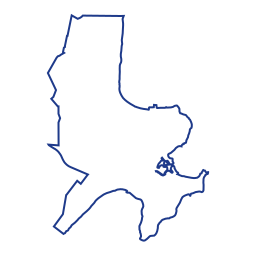 outline of Port Lincoln, South Australia, Australia
{"feature_id": "25037944B26241388024664", "entity_name": "Port Lincoln", "entity_type": "district", "adm_level": 2, "iso_a3": "AUS", "parent_name": "Australia", "parent_adm1": "South Australia", "projection": "natural_earth1", "projection_center": [135.866, -34.729], "detail": "fine", "context": "isolated", "style": "outline", "palette": "blue", "viewbox_px": 256, "rotation_deg": 0, "n_neighbors": 0, "source": "geoboundaries", "source_scale": "gbopen_adm2", "svg_char_len": 5852}
<svg xmlns="http://www.w3.org/2000/svg" viewBox="0 0 256 256"><path d="M63.5,233.9L64.2,233.4L64.9,233.2L65.1,233.0L66.1,231.4L66.2,231.2L67.7,230.6L68.1,230.3L68.9,228.6L70.6,227.1L71.7,225.2L74.9,222.7L77.5,220.1L78.8,218.5L81.0,216.7L82.9,214.4L86.8,211.1L89.0,209.0L90.3,207.5L91.4,205.9L92.0,205.3L94.2,202.9L95.6,200.8L96.7,199.7L98.4,198.2L103.4,194.7L104.1,194.3L106.7,193.1L110.3,192.0L113.2,190.9L115.1,190.7L116.4,190.0L117.4,189.6L120.4,189.2L122.4,189.3L125.2,189.9L126.7,190.6L127.1,191.0L127.0,191.4L126.5,191.8L126.5,192.3L127.0,192.5L127.6,192.7L129.1,192.7L129.7,192.8L135.9,198.1L137.4,198.7L140.5,199.5L141.3,200.1L141.8,200.9L142.1,201.5L142.6,202.7L143.2,204.8L143.3,206.4L142.9,207.5L142.0,209.3L141.6,210.9L141.8,214.3L142.5,216.3L142.1,217.8L141.8,220.0L141.0,222.6L139.4,226.1L139.5,229.6L140.1,231.2L140.1,232.5L140.6,233.5L141.0,235.6L141.0,236.6L140.0,238.5L140.0,238.8L140.5,239.4L142.1,240.2L143.4,240.6L144.1,240.6L144.5,240.5L145.1,240.3L147.0,238.9L148.4,237.6L149.3,236.7L149.9,236.2L150.8,235.9L154.2,235.6L155.4,234.6L156.4,233.1L157.2,231.1L157.8,228.2L157.9,226.0L158.3,224.5L159.2,223.6L159.5,222.8L160.7,221.8L161.6,220.5L162.5,219.8L165.5,218.7L167.6,218.4L167.9,218.3L168.7,218.4L169.4,218.3L170.2,217.6L172.2,217.1L173.7,216.4L175.1,215.3L175.8,213.9L176.4,211.7L176.5,210.4L176.3,209.1L176.7,207.9L179.9,202.7L181.2,199.5L181.9,198.1L182.6,197.0L182.9,196.8L184.4,195.8L186.3,195.0L188.3,194.3L189.0,194.4L190.2,195.8L190.3,195.8L190.4,195.7L190.7,194.2L191.1,193.7L193.1,193.2L194.7,192.5L195.6,192.1L199.1,191.5L199.8,191.5L201.8,192.1L202.5,191.8L203.0,191.4L203.4,190.5L203.5,190.0L203.6,184.9L203.4,182.9L203.4,182.3L203.5,179.5L203.6,178.6L204.0,177.3L204.5,176.6L205.1,175.7L205.5,175.3L205.4,175.0L205.7,174.7L206.4,174.2L206.7,174.1L207.1,174.1L207.7,173.9L208.1,172.8L208.1,172.3L208.1,172.1L207.9,172.1L207.4,172.5L207.1,172.6L206.6,172.6L206.4,172.5L205.8,172.0L205.6,171.6L204.9,170.6L204.3,170.6L203.3,170.0L203.1,170.1L202.3,171.7L201.8,172.3L201.6,173.2L201.4,173.4L200.3,173.7L199.8,175.2L199.2,176.2L198.0,177.2L197.2,177.7L195.3,178.0L194.0,178.1L191.4,177.8L185.5,176.7L184.0,176.2L182.0,176.1L179.0,174.9L178.2,174.4L177.4,174.2L177.7,173.8L178.0,173.4L178.2,173.1L177.9,172.6L177.4,172.4L176.8,171.9L175.9,170.8L174.5,168.1L174.5,167.3L174.1,166.4L173.8,166.1L173.5,165.9L171.7,166.1L171.4,167.3L171.0,167.9L170.8,168.8L171.0,169.7L172.6,171.9L172.6,172.3L172.3,172.7L171.7,172.7L169.2,170.7L168.0,170.9L167.1,170.9L165.4,172.8L165.3,173.4L165.3,174.3L165.2,174.4L164.0,175.1L163.3,175.4L162.7,175.4L161.4,174.9L160.7,174.4L158.8,172.8L158.4,172.6L158.1,172.6L157.1,171.7L156.0,171.5L155.9,171.1L156.9,171.1L157.8,171.5L162.5,174.8L163.2,174.7L163.9,174.5L164.4,174.0L164.6,173.5L164.7,172.9L164.9,172.5L166.2,171.0L166.7,170.9L167.0,170.6L167.2,169.6L167.4,169.1L167.1,167.3L166.8,166.9L166.5,166.7L166.0,166.7L165.1,167.0L163.6,166.8L163.3,166.0L162.8,165.3L161.7,165.2L160.8,165.5L159.9,166.1L158.9,167.9L157.6,167.7L157.4,167.5L157.5,166.5L158.2,164.7L158.8,163.5L159.7,162.7L161.2,160.7L161.6,160.3L162.2,160.5L162.9,160.6L163.1,160.4L161.6,158.2L162.1,157.7L164.4,160.6L164.7,160.9L165.2,160.9L165.4,161.1L165.4,161.3L164.8,161.5L164.6,161.8L164.4,162.4L164.0,163.0L163.9,163.3L164.0,163.5L164.6,164.7L165.2,165.1L165.5,165.2L168.4,164.7L168.4,164.3L167.7,163.2L167.1,162.8L167.0,162.5L166.9,161.7L166.4,161.5L166.3,161.4L166.4,161.2L167.1,160.8L167.5,160.8L168.0,161.3L169.6,163.8L169.4,164.2L169.4,164.5L169.7,164.6L172.6,164.1L173.3,163.7L173.5,163.0L173.1,162.1L172.6,161.6L172.5,160.9L172.7,160.2L172.6,158.9L172.4,158.6L170.0,158.2L169.1,157.5L168.4,156.5L168.2,155.6L168.1,154.9L168.2,154.6L168.5,154.1L168.7,153.9L169.5,153.5L170.7,153.0L171.1,152.7L174.4,149.9L175.9,148.0L178.0,146.5L178.6,146.3L179.7,146.1L180.6,146.2L181.5,146.4L181.5,145.9L182.2,144.7L182.7,144.5L183.0,144.1L183.3,143.9L183.4,143.6L183.6,143.5L183.8,143.5L184.0,143.8L184.9,143.0L185.8,142.8L186.0,142.6L186.4,140.6L186.4,140.3L188.0,137.2L188.3,135.3L189.0,133.7L189.7,131.3L189.9,129.5L190.4,128.7L191.4,127.9L191.5,127.8L191.8,126.2L191.8,124.3L191.2,122.3L190.0,119.7L189.0,118.8L188.8,118.1L188.2,117.7L187.4,117.0L186.1,115.3L185.7,115.0L183.3,114.4L181.3,113.5L181.1,113.5L180.8,113.3L180.2,113.2L179.5,111.6L179.4,109.1L179.3,108.6L178.9,108.0L178.7,107.5L177.8,106.5L177.2,105.7L176.4,105.5L174.6,105.9L173.0,106.9L170.9,107.4L166.8,107.6L166.6,107.5L166.3,107.2L166.0,107.2L165.6,107.6L164.9,107.8L160.7,107.8L157.2,108.0L156.8,107.8L156.7,107.5L156.4,105.1L154.0,104.9L153.8,107.2L152.8,107.3L149.4,107.3L149.0,107.8L148.8,109.6L148.7,109.7L147.2,109.4L146.6,109.3L143.5,108.9L140.5,108.3L136.9,107.2L136.0,106.8L135.2,106.7L134.5,106.2L130.3,103.8L127.2,101.7L126.2,100.9L124.9,99.8L123.1,98.0L122.6,97.3L122.3,96.7L121.6,95.7L120.3,93.0L119.8,91.6L119.5,90.2L119.4,89.3L119.4,88.0L119.5,87.8L119.6,86.8L119.6,85.0L119.4,84.4L119.5,83.7L119.5,83.3L119.2,82.2L119.3,81.1L119.6,79.2L119.6,76.3L119.8,71.8L119.7,68.8L119.8,65.4L120.3,63.8L121.0,62.5L121.3,61.0L121.3,60.3L121.3,59.1L120.8,56.4L120.8,54.0L121.3,50.9L121.7,45.9L122.2,44.0L122.0,42.1L121.9,41.2L121.8,40.0L122.2,37.1L122.7,33.3L122.9,29.0L123.1,25.7L123.1,23.5L122.7,19.8L122.6,19.2L122.8,18.3L123.7,15.9L120.8,16.0L82.8,15.6L81.5,16.9L79.9,17.9L77.7,18.8L71.7,15.4L67.5,35.9L67.0,35.9L64.9,46.1L65.0,46.9L63.9,47.7L63.0,52.1L64.1,52.9L60.9,54.7L59.6,55.7L57.8,56.3L56.6,57.7L47.9,73.0L56.0,90.1L53.4,96.9L51.3,98.8L57.8,106.4L58.5,106.4L58.5,113.8L60.1,118.2L58.5,122.5L58.6,145.4L48.5,144.6L48.8,145.1L51.5,146.9L54.1,148.5L55.2,149.1L56.8,150.3L58.4,151.8L60.1,154.1L61.0,155.5L62.8,159.5L63.7,161.1L64.5,162.4L65.4,163.4L66.6,164.6L67.1,165.0L68.6,166.1L70.6,167.1L87.9,174.5L87.3,175.2L80.8,183.8L77.2,180.8L66.6,194.7L66.2,195.0L62.9,214.2L53.9,226.5L63.5,233.9Z" fill="none" stroke="#1e3a8a" stroke-width="2"/></svg>